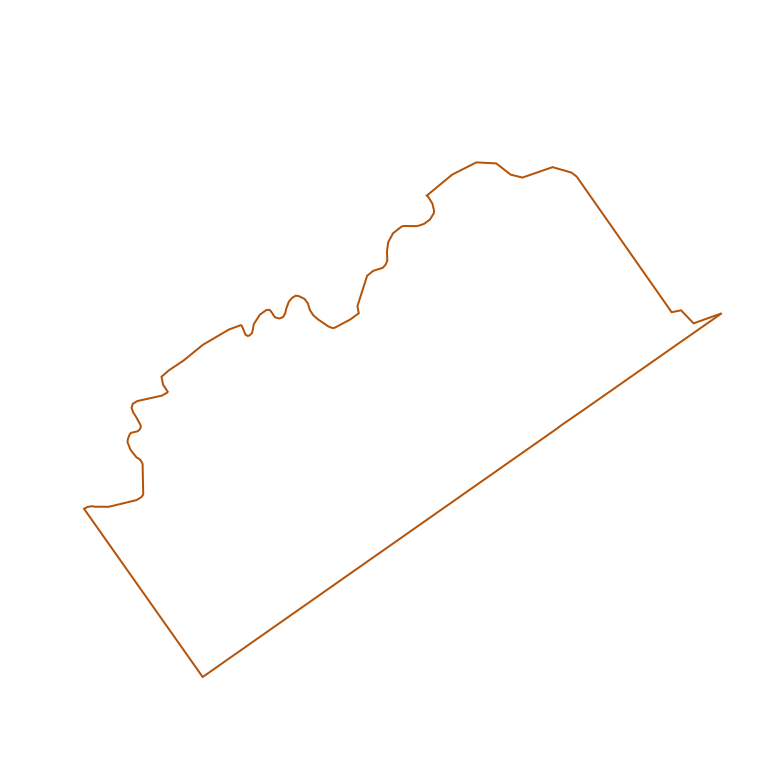 Choctaw, Oklahoma, United States of America, rotated 145°
{"feature_id": "52423323B93718948099955", "entity_name": "Choctaw", "entity_type": "district", "adm_level": 2, "iso_a3": "USA", "parent_name": "United States of America", "parent_adm1": "Oklahoma", "projection": "natural_earth1", "projection_center": [-95.519, 34.012], "detail": "fine", "context": "isolated", "style": "outline", "palette": "amber", "viewbox_px": 768, "rotation_deg": 145, "n_neighbors": 0, "source": "geoboundaries", "source_scale": "gbopen_adm2", "svg_char_len": 1435}
<svg xmlns="http://www.w3.org/2000/svg" viewBox="0 0 768 768"><g transform="rotate(145 384 384)"><path d="M227.8,248.3L121.8,248.3L66.7,248.2L95.6,256.1L98.4,274.0L107.2,277.8L107.2,443.4L109.2,449.7L121.6,465.0L152.2,473.7L160.2,482.9L165.5,500.3L181.3,512.6L208.0,516.4L240.9,513.8L240.4,512.4L240.9,504.0L243.6,497.2L245.1,495.4L251.9,492.4L259.4,492.2L266.3,494.3L277.6,502.4L279.6,502.9L290.2,502.3L299.4,497.6L305.4,491.0L310.7,483.0L314.3,480.8L318.4,479.9L328.0,482.9L335.8,482.3L361.1,463.0L364.1,456.4L374.6,456.2L391.7,458.3L393.5,458.9L394.7,460.2L396.6,463.2L401.0,474.8L402.5,481.0L402.3,487.2L400.1,493.7L400.3,499.3L403.2,504.6L405.5,506.9L409.6,507.3L414.6,506.1L420.6,502.0L424.6,498.4L428.3,496.7L432.2,497.7L435.1,501.3L434.9,508.5L435.3,510.5L438.1,512.1L445.9,512.0L456.2,507.8L462.7,501.5L466.5,500.9L468.1,501.6L469.1,503.7L467.1,513.4L467.7,514.4L479.9,517.6L510.0,520.0L534.7,518.2L552.1,518.6L562.1,517.6L565.4,510.1L565.6,501.7L566.4,501.3L572.4,501.8L584.7,506.9L595.8,511.5L601.1,511.9L604.4,509.3L605.8,504.4L605.9,500.0L606.8,491.5L607.2,489.3L608.7,487.6L610.6,486.8L612.7,486.5L619.3,489.1L621.4,488.5L625.5,485.7L627.5,483.4L629.2,476.2L629.3,472.5L628.8,465.8L627.5,463.0L627.1,460.6L627.6,457.0L644.6,431.6L647.7,430.5L653.1,430.8L679.9,441.3L691.5,449.5L693.1,451.3L697.3,453.3L701.3,453.8L700.6,248.0L265.5,248.3L265.3,248.5L227.8,248.3Z" fill="none" stroke="#b45309" stroke-width="2"/></g></svg>